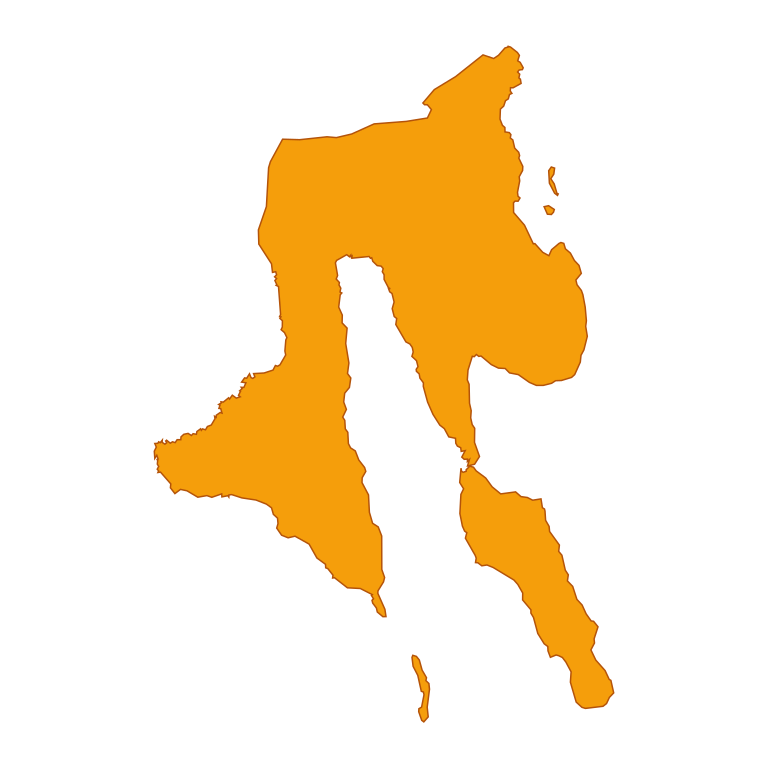 Southern Leyte, Southern Leyte, Philippines
{"feature_id": "2640588B85389361952197", "entity_name": "Southern Leyte", "entity_type": "district", "adm_level": 2, "iso_a3": "PHL", "parent_name": "Philippines", "parent_adm1": "Southern Leyte", "projection": "robinson", "projection_center": [125.101, 10.248], "detail": "fine", "context": "isolated", "style": "filled", "palette": "amber", "viewbox_px": 768, "rotation_deg": 0, "n_neighbors": 0, "source": "geoboundaries", "source_scale": "gbopen_adm2", "svg_char_len": 6109}
<svg xmlns="http://www.w3.org/2000/svg" viewBox="0 0 768 768"><path d="M154.8,443.5L156.3,447.1L154.3,451.2L154.8,458.4L156.8,455.3L158.1,458.9L156.5,459.7L157.8,459.5L157.3,464.1L158.7,466.5L157.2,469.2L158.6,470.9L157.9,472.5L160.5,472.1L170.8,483.9L170.4,487.8L174.9,493.6L180.5,489.4L187.0,490.8L197.8,497.2L206.9,495.6L211.8,497.3L221.7,493.9L221.9,496.9L227.9,495.7L228.8,497.0L229.0,494.9L231.7,494.6L241.9,497.9L255.9,500.0L266.4,504.1L271.5,507.8L273.4,514.4L277.5,518.1L278.0,523.6L276.7,528.1L281.6,535.2L288.1,537.8L295.0,536.2L309.1,544.1L316.9,558.0L325.5,564.3L325.7,567.8L327.8,568.6L333.0,575.2L332.6,578.0L334.5,577.7L347.4,587.8L360.3,588.5L372.3,594.6L371.4,595.4L373.5,598.8L372.0,600.3L372.7,603.1L376.4,608.0L377.3,612.0L382.9,616.7L386.0,616.6L384.9,609.3L377.8,593.3L378.0,590.8L383.5,581.9L384.6,577.5L381.8,569.5L381.7,536.0L378.2,526.9L372.6,523.3L369.4,512.3L368.5,494.9L362.0,482.6L362.2,477.7L365.8,471.4L364.6,467.5L358.8,460.0L355.3,450.9L350.6,447.9L348.4,443.6L347.8,432.3L345.3,428.9L344.8,420.4L342.7,417.1L346.4,409.4L343.7,402.0L344.7,393.2L349.4,387.5L350.8,378.0L347.5,373.5L348.9,363.0L345.7,343.5L347.1,328.1L342.1,322.9L342.3,315.1L338.7,307.1L340.2,294.8L341.8,293.0L340.0,292.0L340.8,288.2L339.0,284.9L339.4,282.5L336.2,279.0L337.6,275.5L335.4,262.8L336.6,260.4L346.7,254.7L349.5,256.8L351.1,254.6L350.6,256.9L351.0,255.8L351.3,257.3L351.4,257.6L351.6,257.6L351.3,257.2L352.0,256.4L351.9,258.2L369.1,256.5L370.5,258.3L371.7,257.8L372.8,261.3L377.2,265.6L381.1,266.1L383.2,268.6L382.3,271.7L384.1,274.7L384.1,279.4L388.5,287.8L390.3,288.7L388.5,288.5L389.7,291.8L392.0,293.5L394.1,302.0L392.2,308.7L394.2,316.5L396.7,318.5L395.8,324.5L405.9,341.9L409.9,344.0L412.3,347.5L413.2,352.0L411.9,356.4L416.5,360.7L418.0,366.7L416.2,369.3L416.4,371.3L419.2,373.9L419.9,378.1L423.4,382.8L423.3,386.4L427.6,402.1L433.0,414.4L439.8,425.1L444.3,428.6L448.8,436.9L455.5,438.3L455.8,443.3L457.4,446.1L460.7,447.7L461.2,451.4L465.2,450.6L461.8,457.1L464.2,459.3L467.5,459.1L467.4,461.4L469.4,459.6L467.5,466.0L474.6,464.2L479.5,456.5L474.5,442.4L474.7,428.3L472.2,424.6L470.7,417.9L471.2,410.7L469.5,403.2L469.1,384.3L467.3,379.9L468.0,370.1L472.3,356.3L474.2,356.7L476.4,354.5L478.8,356.4L481.0,356.0L491.3,364.6L498.4,368.1L505.2,368.5L509.5,372.9L518.3,374.6L529.4,382.4L536.4,385.4L543.3,385.4L551.6,383.3L555.6,380.7L561.4,380.5L571.6,377.4L574.7,374.6L580.3,362.1L581.0,355.3L583.9,349.9L587.3,336.3L585.7,326.3L586.4,320.8L585.2,307.1L582.9,294.7L581.4,290.5L577.0,284.7L575.9,280.0L581.3,273.4L579.0,265.4L574.4,260.5L570.4,253.1L565.4,248.8L563.8,243.4L560.9,242.5L558.9,243.5L551.6,249.7L548.9,255.7L542.7,252.3L534.9,243.6L533.3,243.8L524.5,225.2L513.6,212.5L513.5,202.7L515.1,201.1L518.1,201.2L520.0,198.0L518.0,196.2L517.5,192.3L519.7,180.9L519.2,176.8L522.6,170.5L522.8,166.4L518.8,158.1L519.6,155.6L518.7,152.3L514.7,148.1L512.8,139.9L510.3,138.0L510.9,134.6L509.3,132.6L505.0,131.9L504.9,127.5L502.4,125.3L500.0,119.1L500.4,109.1L503.7,106.1L505.5,100.7L508.3,98.9L509.5,94.5L511.9,93.4L510.3,91.0L510.5,87.7L513.1,87.8L521.1,83.4L520.4,79.2L518.9,77.9L519.7,74.2L517.6,72.0L519.2,70.0L522.4,69.6L523.2,67.8L520.2,62.4L517.7,60.8L519.4,55.4L517.4,52.5L510.6,47.1L507.5,46.1L508.5,46.9L504.9,48.0L498.5,55.3L493.7,58.5L483.0,54.9L455.5,76.7L434.3,89.6L422.9,103.0L424.5,104.7L427.4,104.8L431.4,109.6L427.4,118.0L406.3,121.4L374.1,123.9L351.7,134.0L336.4,137.6L327.0,136.8L299.7,139.7L282.6,139.2L270.4,161.7L268.6,167.7L266.4,206.6L258.4,229.9L258.8,244.1L271.5,263.8L272.5,272.4L275.7,271.7L276.6,274.8L274.6,276.8L276.6,278.6L274.9,280.5L276.8,284.7L276.1,285.3L278.5,286.5L280.6,314.6L279.6,316.6L280.9,316.9L279.9,318.4L282.4,320.7L282.3,327.1L281.1,329.7L284.5,332.6L286.9,337.6L285.8,340.0L284.9,351.0L285.7,355.0L280.0,364.8L277.6,366.2L275.4,365.5L273.0,370.1L264.1,373.0L253.6,373.6L254.9,376.9L252.8,378.4L251.0,377.6L249.5,373.8L246.7,378.2L244.6,377.9L241.6,382.1L245.9,382.8L243.9,387.4L241.2,387.3L242.1,388.6L239.7,390.8L240.5,391.3L238.5,395.4L240.2,396.8L236.3,398.1L232.3,395.2L229.5,399.1L228.6,397.8L223.3,402.1L221.0,401.8L221.3,402.9L218.7,404.5L220.0,405.1L218.9,408.4L220.7,408.6L222.0,413.1L220.2,412.5L216.3,415.2L216.2,417.3L214.6,416.3L215.0,418.7L211.3,425.0L207.4,426.5L205.5,429.8L202.5,428.9L201.3,430.3L200.6,428.8L196.9,431.5L196.4,434.3L193.1,433.7L191.4,435.5L188.1,433.4L183.8,434.3L181.0,436.9L180.8,439.7L177.1,439.7L175.2,442.6L172.5,441.8L170.3,443.2L166.6,440.2L165.7,441.0L166.7,442.8L164.9,444.2L162.1,442.3L162.3,440.1L160.2,442.7L158.7,441.8L157.8,443.3L154.8,443.5ZM548.0,650.9L550.4,657.3L556.1,655.0L558.7,655.7L562.4,657.5L565.9,662.1L571.1,671.8L570.4,682.2L576.2,702.1L581.9,707.3L585.4,708.4L603.0,706.3L606.5,703.6L609.4,697.4L613.7,692.9L610.9,680.4L609.2,679.4L605.1,670.6L595.8,660.1L590.9,649.9L594.5,643.0L594.1,638.9L598.0,626.8L593.6,621.3L591.1,620.9L586.1,613.8L582.1,605.0L576.9,599.4L572.7,586.4L567.4,580.9L568.3,574.8L565.3,570.2L561.9,555.2L558.7,551.4L559.4,545.1L549.6,531.5L549.1,526.4L545.6,520.3L545.0,511.1L544.5,509.0L542.4,507.7L541.0,498.9L532.7,500.2L527.4,497.5L521.0,496.6L515.6,491.9L500.7,493.9L492.1,486.8L485.7,478.0L476.2,470.9L473.5,467.2L469.8,466.2L466.2,469.7L466.2,471.3L463.1,472.3L461.6,471.3L461.0,468.2L459.7,482.5L463.6,488.8L460.9,494.4L459.9,513.6L462.4,526.1L464.6,531.1L466.8,532.7L465.4,538.2L475.2,555.4L476.2,558.1L475.5,562.6L477.9,562.8L481.8,565.8L487.0,565.0L493.2,567.5L513.9,580.0L517.8,584.4L522.7,593.0L522.6,599.9L530.9,609.8L530.9,613.1L533.5,617.5L537.8,633.5L544.2,643.8L547.8,646.5L548.0,650.9ZM422.1,670.1L419.3,660.0L416.4,656.4L412.8,655.3L412.0,657.4L413.1,666.3L417.8,675.4L421.3,691.3L423.4,692.0L424.0,694.8L421.6,707.1L418.9,708.7L418.7,711.7L421.7,720.3L423.8,721.9L428.2,716.9L427.2,707.2L429.5,689.2L428.9,683.5L425.9,680.6L426.5,677.7L422.1,670.1ZM556.9,193.2L554.2,183.9L550.8,178.7L553.8,174.1L554.6,168.1L551.3,167.0L548.7,170.7L549.4,183.2L554.6,193.2L557.5,195.4L558.2,193.9L556.9,193.2ZM554.3,209.5L548.6,205.7L544.1,206.7L547.4,214.2L551.4,214.5L553.5,212.2L554.3,209.5Z" fill="#f59e0b" stroke="#b45309" stroke-width="1.5"/></svg>